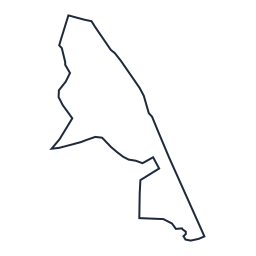 the district of Mirabad, Tashkent, Uzbekistan
{"feature_id": "79887680B42032774497005", "entity_name": "Mirabad", "entity_type": "district", "adm_level": 2, "iso_a3": "UZB", "parent_name": "Uzbekistan", "parent_adm1": "Tashkent", "projection": "orthographic", "projection_center": [69.266, 41.239], "detail": "fine", "context": "isolated", "style": "outline", "palette": "slate", "viewbox_px": 256, "rotation_deg": 0, "n_neighbors": 0, "source": "geoboundaries", "source_scale": "gbopen_adm2", "svg_char_len": 748}
<svg xmlns="http://www.w3.org/2000/svg" viewBox="0 0 256 256"><path d="M185.4,239.5L190.6,240.6L198.6,238.9L204.4,236.4L168.9,157.1L158.4,132.1L152.0,116.6L148.8,113.2L143.8,95.8L139.6,87.9L120.8,60.7L114.8,53.1L110.9,50.0L95.0,26.8L91.5,21.2L84.4,19.7L68.4,15.4L60.8,39.9L59.2,45.4L61.8,48.1L65.2,62.1L65.2,64.8L70.0,73.0L65.7,81.7L58.9,90.3L58.6,97.1L62.7,105.1L72.3,118.3L59.6,139.2L51.6,148.7L59.0,147.9L81.2,142.0L86.6,139.9L95.3,136.9L102.1,137.7L111.0,147.0L117.4,152.4L123.2,156.8L128.7,159.6L135.7,160.7L142.5,163.2L153.1,157.3L159.1,168.5L140.4,180.1L139.7,193.4L139.3,218.1L163.4,219.1L172.0,223.5L175.9,228.9L182.0,228.4L182.6,229.4L185.8,231.7L185.8,234.0L183.5,236.2L185.4,239.5Z" fill="none" stroke="#1e293b" stroke-width="2"/></svg>